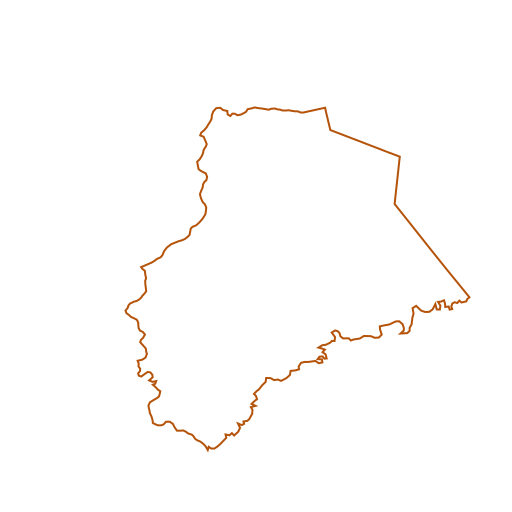 outline of Feira da Mata, Bahia, Brazil, rotated 329°
{"feature_id": "56859067B33620319124812", "entity_name": "Feira da Mata", "entity_type": "district", "adm_level": 2, "iso_a3": "BRA", "parent_name": "Brazil", "parent_adm1": "Bahia", "projection": "orthographic", "projection_center": [-44.283, -14.106], "detail": "fine", "context": "isolated", "style": "outline", "palette": "amber", "viewbox_px": 512, "rotation_deg": 329, "n_neighbors": 0, "source": "geoboundaries", "source_scale": "gbopen_adm2", "svg_char_len": 4016}
<svg xmlns="http://www.w3.org/2000/svg" viewBox="0 0 512 512"><g transform="rotate(329 256 256)"><path d="M368.4,156.2L366.2,153.4L364.0,152.1L361.9,150.4L359.2,148.0L356.4,146.6L353.5,144.8L351.9,142.8L350.0,141.5L348.3,139.4L344.9,137.6L342.3,137.2L339.7,134.9L337.1,132.7L334.1,130.4L331.4,128.0L328.3,127.2L324.5,125.9L321.6,127.3L318.3,127.2L315.8,127.0L312.5,125.7L311.2,123.2L309.1,121.8L306.1,122.8L304.6,120.0L306.1,116.9L303.0,114.0L301.6,110.5L298.1,108.8L293.8,110.1L290.7,112.6L288.5,115.6L285.8,117.3L283.2,118.5L279.9,120.3L276.0,121.6L272.5,122.1L270.3,123.9L272.5,126.8L272.0,130.9L271.4,134.7L269.6,136.2L265.9,138.0L263.2,140.9L260.6,142.6L257.6,144.1L254.1,144.9L252.8,148.5L251.5,151.9L252.5,154.5L253.9,156.9L255.5,159.3L254.9,162.9L252.5,165.5L250.2,165.8L247.4,167.4L245.8,169.6L242.6,171.9L239.8,174.1L238.6,178.0L238.1,182.1L238.8,185.5L238.4,188.6L236.6,191.3L233.9,194.3L229.5,196.5L224.9,198.0L220.6,198.9L216.6,198.3L214.2,198.9L211.8,201.6L209.9,203.7L207.6,204.3L203.8,204.8L200.1,204.3L197.9,203.6L194.2,203.0L189.5,202.2L184.1,202.8L179.7,204.5L176.4,207.0L173.6,208.0L169.6,207.5L165.7,207.9L163.1,207.9L160.0,207.5L157.2,207.1L155.0,206.8L151.8,206.4L152.1,208.9L153.1,211.3L151.4,215.3L150.3,218.5L148.3,220.1L146.5,223.4L145.1,226.7L143.7,229.7L140.6,230.9L138.1,231.6L135.7,232.7L133.3,233.1L130.7,233.1L127.9,232.3L123.5,231.9L121.2,232.7L119.3,234.4L116.0,235.6L115.5,238.4L116.7,241.0L117.4,243.7L119.3,246.5L121.0,249.2L120.8,252.3L119.6,254.5L118.3,257.2L118.1,260.1L119.8,262.7L120.4,266.1L117.0,268.0L114.1,268.7L112.3,270.3L113.0,273.7L113.9,278.6L112.6,281.4L112.1,283.7L108.9,286.2L105.1,286.3L102.9,285.6L100.6,284.8L100.1,287.6L98.4,290.2L98.7,293.0L97.3,294.9L94.5,295.9L93.9,298.2L95.6,300.2L99.0,299.9L103.3,299.6L105.5,301.3L106.0,304.3L105.0,306.7L102.7,307.2L100.3,307.6L102.5,310.6L106.0,311.8L103.8,313.6L101.3,313.2L102.5,317.0L103.1,320.1L104.3,322.6L102.2,324.9L100.3,326.5L97.7,326.8L93.8,326.7L89.7,326.8L86.8,328.8L85.8,331.3L85.1,333.6L84.1,336.1L83.8,339.5L82.9,343.1L81.6,346.0L83.1,348.5L84.7,350.6L87.3,352.2L89.8,352.8L93.5,351.7L96.8,353.7L98.3,357.3L98.0,360.7L98.3,365.0L101.2,366.8L103.7,368.0L105.3,370.3L106.4,373.1L109.0,376.1L109.6,378.4L109.7,381.5L110.8,383.8L112.4,385.9L113.8,389.0L114.8,392.9L114.7,397.5L117.2,395.2L118.4,397.9L121.1,399.6L124.0,399.5L126.4,399.2L128.9,398.7L136.9,396.5L138.0,393.3L140.9,396.0L144.1,395.4L144.8,398.6L150.2,397.5L153.8,395.1L154.3,390.3L156.7,393.6L159.4,393.7L160.0,391.4L163.6,392.8L166.1,392.4L171.4,389.3L173.8,386.0L173.8,382.9L178.4,384.2L176.0,380.5L180.5,379.5L183.1,379.3L183.9,376.0L183.2,373.2L187.2,372.1L189.6,371.9L195.0,369.9L199.4,368.9L201.9,365.8L205.6,368.2L207.6,371.7L211.2,373.2L213.1,375.9L216.5,376.2L219.2,376.3L223.7,375.5L226.5,372.3L230.7,374.3L234.5,375.3L235.7,372.7L239.5,370.8L243.1,371.8L246.3,373.8L252.8,376.5L254.6,380.2L258.1,381.4L259.2,378.5L255.8,376.2L258.5,375.0L261.4,376.4L261.7,379.2L263.8,380.2L265.0,376.2L263.5,372.7L266.8,371.7L264.8,369.2L262.4,366.7L266.8,366.6L270.3,368.1L275.0,368.5L277.4,367.9L279.6,369.3L282.0,366.2L281.5,360.6L285.5,360.6L287.3,362.5L287.9,365.0L287.0,368.4L288.2,371.5L293.1,374.3L293.8,377.3L296.6,377.8L302.5,380.2L307.3,380.1L313.2,383.9L315.6,387.2L319.3,389.2L323.3,388.1L324.5,382.8L325.9,380.1L329.6,381.3L334.8,383.3L342.2,384.1L345.1,385.7L346.5,390.0L345.6,394.1L344.2,396.0L339.9,396.9L345.9,400.0L349.1,399.3L350.7,396.7L354.2,394.7L358.2,389.5L361.4,386.5L363.3,381.4L367.6,381.2L369.4,387.8L372.0,391.0L375.7,393.1L380.0,392.7L385.0,389.6L383.4,394.9L386.0,396.6L388.5,393.5L388.4,389.1L391.2,390.4L394.3,390.8L393.6,393.9L392.0,397.2L395.1,398.5L394.4,401.7L396.9,402.5L397.4,399.9L399.9,397.8L402.6,398.0L404.3,400.0L407.3,399.0L408.2,401.7L412.9,403.2L415.0,401.7L417.7,401.3L412.5,365.3L409.6,343.9L404.9,307.8L401.6,282.8L430.4,244.9L420.6,232.5L418.0,229.1L384.6,186.3L390.6,167.3L391.6,164.5L378.5,160.1L375.9,159.2L370.4,157.4L368.4,156.2Z" fill="none" stroke="#b45309" stroke-width="2"/></g></svg>